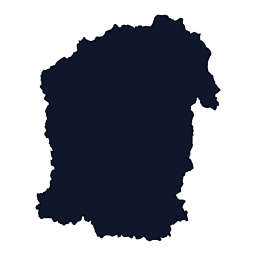 Aluminé, Neuquén, Argentina
{"feature_id": "61730980B74102790629524", "entity_name": "Aluminé", "entity_type": "district", "adm_level": 2, "iso_a3": "ARG", "parent_name": "Argentina", "parent_adm1": "Neuquén", "projection": "albers", "projection_center": [-71.146, -39.13], "detail": "fine", "context": "isolated", "style": "filled", "palette": "ink", "viewbox_px": 256, "rotation_deg": 0, "n_neighbors": 0, "source": "geoboundaries", "source_scale": "gbopen_adm2", "svg_char_len": 5731}
<svg xmlns="http://www.w3.org/2000/svg" viewBox="0 0 256 256"><path d="M215.0,109.6L215.9,108.0L216.4,105.4L218.2,105.1L217.9,103.6L218.1,102.8L216.0,100.9L215.9,99.2L216.4,98.0L215.4,97.9L214.7,97.2L214.5,94.8L215.3,93.2L217.3,92.4L218.6,90.8L219.8,90.1L218.6,88.6L217.4,87.7L215.8,85.1L215.0,84.7L214.5,83.9L214.5,82.0L213.2,80.0L213.3,79.0L212.6,78.4L212.7,76.7L212.3,75.7L210.7,75.0L209.4,73.2L208.3,72.5L207.6,71.2L207.0,67.6L207.2,63.0L207.0,62.0L209.5,56.1L210.4,54.8L210.6,53.3L210.1,51.4L207.8,48.7L206.0,47.9L203.7,43.3L201.6,41.3L200.0,40.8L199.3,39.7L199.6,38.6L199.2,37.8L199.2,36.2L199.7,35.4L199.8,34.2L198.3,34.7L194.7,32.6L193.6,32.8L190.6,34.5L189.9,34.2L189.1,32.1L186.1,30.9L184.9,29.8L183.8,25.3L181.7,23.7L182.2,23.1L182.1,21.1L182.5,19.8L181.8,18.7L180.2,18.6L176.7,21.0L174.1,21.7L173.4,20.2L171.0,19.8L170.0,18.7L167.5,18.4L168.0,17.1L167.4,16.2L164.7,15.5L162.0,16.0L158.5,15.4L157.6,15.5L157.0,15.8L155.2,17.7L153.5,23.0L152.6,24.9L151.4,26.5L150.4,27.2L145.3,26.6L144.4,27.1L142.3,27.2L141.8,27.1L141.2,26.2L139.1,26.1L138.0,27.4L135.9,27.0L135.7,27.9L134.8,28.9L133.1,28.3L133.0,27.5L127.8,25.3L126.7,26.1L123.8,25.4L122.2,26.1L121.6,27.3L120.0,28.8L119.4,28.0L118.4,27.9L117.2,26.2L115.6,24.8L114.9,24.7L114.1,25.6L114.1,27.1L112.7,28.2L112.1,29.2L112.2,29.8L111.7,30.3L110.5,30.1L109.9,30.4L110.2,31.3L109.9,32.0L109.1,31.6L108.7,30.8L106.3,31.8L104.7,35.4L103.6,36.0L103.0,36.9L99.4,37.4L98.8,37.8L97.6,37.1L96.5,37.5L95.2,39.3L95.3,41.2L93.9,40.7L92.2,41.7L89.5,41.5L85.7,39.8L84.8,39.1L84.6,38.0L84.0,37.8L83.3,39.5L81.6,40.8L81.1,41.7L79.6,41.3L79.9,42.0L79.6,43.3L77.6,44.6L77.4,45.4L77.6,48.3L78.3,49.7L77.8,50.6L77.6,51.7L76.3,52.0L75.5,53.3L74.6,52.9L73.8,53.1L73.5,54.8L72.4,55.8L71.5,57.3L69.1,57.8L68.6,58.6L67.3,59.2L66.2,59.3L64.5,57.6L62.2,58.6L61.9,59.1L57.6,62.0L54.6,66.6L53.4,66.1L53.1,67.0L52.2,66.5L51.0,66.8L50.7,67.8L49.5,69.3L47.2,70.0L46.3,70.9L43.9,70.6L42.2,72.6L42.4,74.0L41.1,76.1L41.8,77.4L41.4,79.0L41.5,80.8L42.4,81.9L42.1,82.8L42.5,83.2L42.0,84.3L42.0,85.8L40.7,86.0L40.6,87.0L43.3,90.1L43.1,91.7L43.8,92.8L46.6,94.4L46.0,96.5L45.0,97.5L44.9,99.1L49.1,102.2L49.9,104.5L50.3,104.7L49.0,105.3L47.9,106.4L47.5,107.3L47.7,108.1L46.9,108.6L45.7,111.3L46.9,113.8L47.0,116.2L47.9,118.5L47.8,119.4L46.7,120.8L46.4,122.7L45.7,123.9L46.3,125.2L45.3,126.6L47.2,130.6L45.0,133.7L45.5,134.3L45.3,135.1L46.4,136.2L46.8,137.3L49.4,137.5L49.5,139.6L50.2,140.7L49.6,143.3L50.7,144.1L50.5,145.4L51.2,146.5L52.7,147.7L52.9,149.2L53.6,150.3L53.5,151.9L51.3,151.5L52.2,156.7L53.4,157.5L52.9,159.4L52.2,160.4L51.2,161.0L51.6,161.7L51.4,163.4L52.1,165.1L54.9,166.1L55.2,169.8L55.0,170.4L53.6,170.3L52.4,170.9L51.3,173.4L50.8,175.6L52.7,179.6L50.7,181.2L50.5,182.2L50.8,185.9L49.6,188.6L49.1,189.1L47.5,189.2L46.8,191.0L45.7,191.6L44.7,192.9L43.7,192.6L42.6,194.5L41.0,193.6L39.4,194.5L37.7,194.0L37.4,195.8L38.1,197.9L38.1,199.3L39.0,200.8L39.8,201.2L40.3,203.1L40.0,204.8L38.6,204.8L38.0,205.7L37.0,205.9L36.2,207.7L36.8,208.8L38.7,208.9L39.1,209.4L39.2,211.7L38.9,212.2L38.8,213.5L39.3,214.0L39.2,215.0L39.8,216.1L39.6,216.3L40.2,216.5L40.1,217.1L40.7,217.4L40.9,218.1L41.9,218.3L44.1,217.1L44.7,217.4L51.9,217.5L54.0,221.3L54.9,221.4L57.0,220.3L57.8,220.2L58.3,220.6L58.7,222.0L59.9,222.5L60.5,223.2L62.3,223.7L64.0,224.9L65.3,223.7L68.5,222.9L69.2,221.4L70.3,221.0L72.3,222.0L73.5,224.1L74.5,224.3L77.3,221.2L77.6,220.3L78.9,220.7L80.4,220.0L81.0,219.1L81.1,217.1L82.1,215.7L82.8,215.2L84.0,215.6L84.8,217.6L84.8,219.2L85.7,220.3L86.9,220.5L88.3,221.3L90.7,219.7L91.8,220.2L92.1,221.0L91.5,223.0L91.7,223.5L94.0,225.1L94.2,225.8L94.0,226.5L95.3,229.3L95.5,231.3L96.8,233.2L97.7,235.4L98.2,236.0L98.8,235.6L100.2,236.1L100.8,237.4L101.2,237.6L101.7,237.6L104.4,235.1L107.3,234.4L109.3,234.9L110.3,234.7L112.1,236.0L116.4,234.2L118.3,234.9L118.5,236.7L120.0,236.1L120.4,235.5L120.6,233.6L120.9,233.5L122.3,234.0L122.7,235.2L124.1,236.4L130.4,235.8L131.1,236.5L130.8,236.9L130.2,237.0L130.9,237.6L131.7,237.6L132.3,237.0L133.1,235.0L134.4,235.0L135.9,236.7L136.3,238.2L137.3,238.7L140.1,238.2L143.6,235.8L146.3,237.9L147.0,239.4L149.8,240.6L152.9,239.0L154.5,239.3L157.1,239.1L159.9,240.3L160.7,239.7L159.8,237.9L160.0,236.8L160.9,236.4L162.4,237.2L163.7,237.3L165.4,236.1L166.1,236.3L167.6,234.2L168.6,234.3L169.9,235.9L170.2,235.4L170.0,234.5L169.3,232.9L169.6,231.1L170.4,230.1L170.5,228.7L169.4,226.1L170.0,225.1L171.3,224.1L173.4,223.9L176.7,221.0L177.2,220.1L180.5,220.8L181.8,219.5L184.6,219.2L186.6,220.5L187.5,220.1L186.1,214.9L186.3,213.9L187.0,212.8L186.9,212.2L186.0,211.2L185.3,211.4L184.8,212.2L183.7,212.2L183.0,209.5L182.1,208.3L181.7,207.0L182.8,204.0L184.7,201.6L184.7,201.1L183.7,200.5L178.8,200.2L176.9,198.5L175.8,196.3L174.3,195.1L178.3,192.3L180.3,191.3L180.3,189.4L179.9,188.2L181.9,185.4L182.7,183.6L182.1,182.2L182.0,179.4L182.5,178.5L181.9,178.1L181.9,177.6L182.6,177.1L183.1,175.9L184.0,175.4L184.8,172.7L185.9,171.1L187.3,171.2L188.5,170.4L190.1,170.2L192.9,167.9L192.3,166.6L192.5,165.3L191.7,164.2L192.0,163.5L191.2,162.8L190.9,161.1L190.2,159.9L188.5,158.6L188.4,158.1L188.4,157.3L189.7,153.9L189.3,151.5L190.1,150.5L190.6,148.6L191.1,148.2L190.7,147.5L191.8,146.8L192.2,144.6L191.6,143.1L191.9,141.0L191.8,135.8L192.7,135.0L192.3,132.7L193.0,130.4L192.3,129.2L192.6,126.9L191.0,124.6L191.0,122.9L191.5,122.0L191.3,120.6L192.5,116.9L193.1,116.2L193.1,114.0L192.4,112.4L190.1,110.3L189.9,109.7L190.3,108.4L190.0,105.9L192.3,104.2L192.5,103.6L193.8,103.4L195.3,102.2L195.2,101.7L196.0,99.8L195.7,99.3L196.0,98.2L197.6,96.0L199.0,97.1L199.1,98.8L200.2,99.3L201.1,100.7L200.7,102.2L201.3,103.5L201.9,103.8L202.8,105.8L206.3,107.3L208.7,107.1L210.3,106.5L211.9,107.8L212.9,107.9L213.8,109.0L215.0,109.6Z" fill="#0f172a" stroke="#020617" stroke-width="1.5"/></svg>